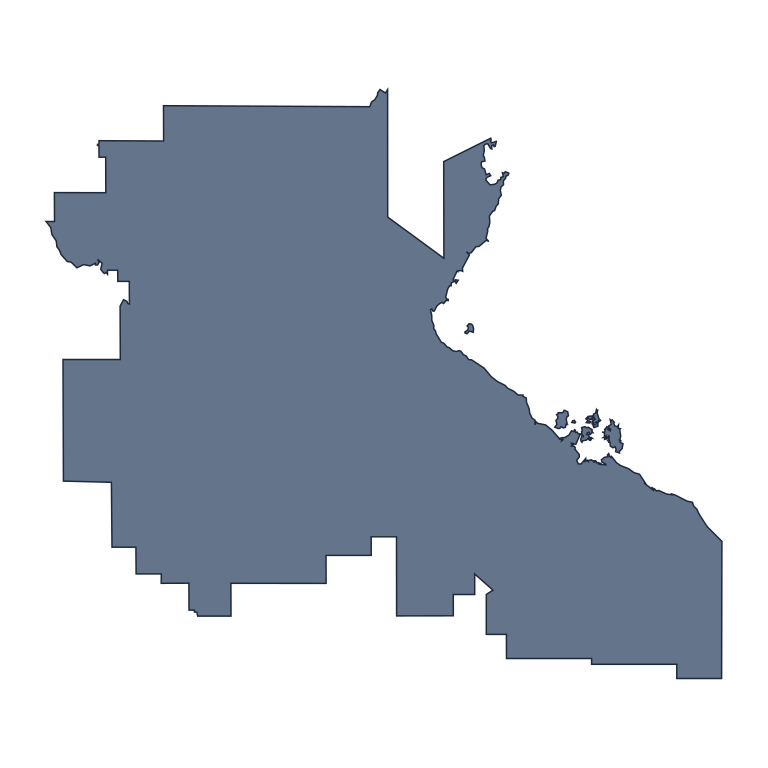 Roper Gulf, Northern Territory, Australia (Robinson projection)
{"feature_id": "25037944B80645640934935", "entity_name": "Roper Gulf", "entity_type": "district", "adm_level": 2, "iso_a3": "AUS", "parent_name": "Australia", "parent_adm1": "Northern Territory", "projection": "robinson", "projection_center": [136.103, -15.306], "detail": "fine", "context": "isolated", "style": "filled", "palette": "slate", "viewbox_px": 768, "rotation_deg": 0, "n_neighbors": 0, "source": "geoboundaries", "source_scale": "gbopen_adm2", "svg_char_len": 6109}
<svg xmlns="http://www.w3.org/2000/svg" viewBox="0 0 768 768"><path d="M721.9,541.4L707.2,526.7L699.2,514.3L696.8,509.2L693.7,506.1L692.5,502.3L687.0,501.1L675.1,495.0L670.7,493.6L673.2,494.9L666.7,494.1L658.6,490.4L656.8,491.1L654.4,488.8L650.9,487.4L653.0,488.7L653.5,489.5L653.9,489.5L653.6,490.2L652.8,488.8L652.7,489.7L644.0,483.0L645.6,483.5L639.5,474.2L633.9,472.6L628.8,468.8L620.5,465.5L616.5,462.7L611.5,456.4L610.9,456.0L611.8,457.2L611.1,456.7L611.0,457.4L609.7,456.7L608.7,453.6L607.4,455.0L607.9,456.7L604.4,457.3L601.4,459.8L602.1,462.1L605.5,463.9L605.9,464.8L600.5,464.5L600.9,463.5L599.2,463.1L599.0,463.8L598.7,464.0L598.6,462.7L596.8,462.9L596.3,461.6L594.3,462.0L595.1,460.8L592.8,460.9L591.4,459.8L588.4,460.5L588.4,461.4L587.3,460.2L584.5,462.0L585.8,460.7L585.7,458.5L581.0,464.0L578.4,463.9L576.7,460.3L579.3,457.0L579.2,454.4L574.8,449.0L575.3,447.8L574.4,446.4L571.5,446.0L573.0,444.8L571.6,444.4L571.3,443.2L575.8,444.3L580.4,433.9L578.2,433.9L577.4,432.2L575.7,432.4L575.4,430.2L574.5,429.7L573.8,431.6L571.5,430.8L568.9,435.1L564.9,437.5L562.0,437.8L563.0,439.7L561.6,440.8L561.9,439.7L559.9,439.3L560.7,438.0L559.2,438.4L551.9,430.0L545.6,424.9L537.7,423.3L536.0,421.8L535.0,424.9L535.0,420.2L532.0,418.0L529.8,413.3L529.0,408.4L526.5,402.2L526.3,398.1L522.7,396.1L523.0,395.1L518.0,395.0L514.0,391.4L507.6,388.2L505.1,385.4L497.5,381.6L491.2,376.7L484.2,368.2L471.5,359.8L468.7,359.7L466.3,356.1L463.2,354.5L461.1,351.5L459.3,350.6L456.2,351.5L452.6,350.7L449.0,347.5L447.2,347.1L444.0,343.4L441.2,342.1L436.0,333.5L435.6,331.1L433.7,328.7L433.9,325.5L431.8,320.4L431.8,315.7L430.5,309.8L431.7,309.0L433.1,311.2L434.3,311.0L437.0,305.8L439.8,303.5L442.0,302.4L443.6,303.5L445.8,300.6L448.3,300.5L448.1,299.2L446.7,299.0L445.7,297.0L447.8,288.8L449.8,285.6L451.1,285.8L451.3,282.9L453.7,281.7L453.3,279.1L457.0,271.2L458.0,271.7L458.3,270.7L461.1,270.6L462.7,271.3L462.4,268.1L469.4,255.0L466.3,251.8L468.6,253.5L471.3,252.7L476.5,246.0L476.2,246.7L479.0,246.4L486.3,240.3L488.8,241.5L486.0,238.4L487.8,230.8L487.4,229.2L488.9,226.7L489.8,222.6L489.4,215.9L492.9,211.2L494.6,210.6L496.2,206.1L498.3,203.8L498.6,199.0L501.3,195.2L500.3,190.5L501.1,186.8L503.5,184.8L503.4,180.9L505.7,178.1L505.7,176.3L508.0,175.3L508.8,173.1L505.3,171.7L504.0,173.2L502.4,172.7L503.3,176.6L500.9,177.3L500.6,179.7L498.2,180.1L497.1,182.8L494.6,184.3L490.0,184.8L486.0,180.3L485.9,178.8L487.1,177.3L490.8,175.7L489.2,173.4L486.2,174.8L484.5,168.9L482.0,167.7L481.1,164.8L481.6,161.7L484.9,161.1L484.4,157.3L483.3,155.8L484.3,150.3L483.8,145.6L485.3,144.2L487.7,143.7L490.5,148.4L491.8,149.0L491.6,145.9L493.4,144.9L494.1,146.6L495.2,146.3L496.5,140.8L495.6,141.8L491.3,142.7L490.5,141.0L491.2,140.0L490.7,138.2L443.7,161.6L443.9,258.3L387.7,217.1L387.6,89.6L385.4,93.0L380.0,89.5L377.8,92.6L377.4,95.3L374.9,99.6L371.5,102.0L369.8,106.7L163.5,105.7L163.6,141.0L99.0,140.7L99.0,144.0L97.5,144.4L97.5,145.5L99.0,146.1L99.0,157.2L105.7,157.2L105.8,192.7L54.4,192.6L54.5,221.5L46.1,221.5L50.8,227.6L51.9,234.6L56.2,240.8L56.9,246.8L59.5,250.3L61.1,254.6L67.4,261.6L71.1,262.1L76.9,267.8L83.6,264.6L90.0,265.9L95.4,263.2L95.4,265.0L97.6,265.0L99.0,262.6L97.6,259.3L102.1,263.3L100.7,269.3L103.5,272.9L104.7,273.5L106.1,272.5L107.5,274.2L107.5,270.2L117.7,270.2L117.8,281.4L129.3,281.4L129.4,304.1L127.6,303.4L127.0,301.4L123.6,299.7L120.1,306.1L120.3,359.5L63.0,359.5L63.4,481.1L111.4,482.3L112.0,547.2L135.9,547.2L136.1,573.9L161.3,573.9L161.2,583.3L188.9,583.2L189.0,610.1L194.4,610.1L194.4,611.9L196.9,612.4L197.7,616.1L231.0,616.1L230.9,583.3L326.1,583.4L326.0,555.4L371.2,555.4L371.2,536.8L396.5,536.8L396.6,615.9L453.3,615.8L453.3,594.5L474.7,594.5L474.7,574.0L492.9,590.1L486.3,594.5L486.3,634.4L506.4,634.4L506.5,658.5L591.6,658.5L591.6,664.3L676.8,664.3L676.8,678.5L721.6,678.5L721.9,541.4ZM604.6,439.4L606.2,439.0L605.3,436.6L606.1,435.6L607.1,438.2L608.8,435.9L609.3,437.3L608.3,439.1L609.0,439.5L607.8,440.6L609.2,440.7L608.8,442.2L610.0,442.1L610.3,446.1L613.0,447.8L615.0,446.7L616.1,449.3L615.6,451.6L619.5,453.0L619.3,451.5L622.1,448.6L623.0,443.8L619.9,442.1L620.1,440.7L619.6,440.8L619.4,440.2L620.4,440.4L619.9,439.9L620.7,436.0L619.7,429.4L620.3,428.7L618.2,428.3L618.5,425.0L617.3,426.7L614.8,425.9L613.7,422.9L614.3,422.3L612.2,419.9L611.6,420.6L610.2,419.6L611.2,424.5L608.6,426.0L609.1,428.7L610.7,429.1L610.2,430.9L607.8,429.4L608.0,427.3L606.8,426.7L605.5,429.0L604.1,429.3L605.3,429.6L604.5,432.3L602.1,432.0L604.4,432.9L604.5,436.9L603.3,437.6L604.8,437.7L604.6,439.4ZM568.5,415.8L567.7,411.8L564.2,410.2L562.8,412.7L558.2,412.7L558.3,413.7L556.6,414.5L557.9,416.8L557.6,418.5L555.9,420.5L556.9,424.4L554.8,427.1L557.9,428.5L559.8,428.4L561.1,426.6L563.2,427.9L565.4,427.3L565.9,424.9L567.1,424.6L566.4,424.1L567.1,423.5L566.2,419.2L567.1,416.6L568.5,415.8ZM585.0,426.7L581.6,427.6L582.3,430.9L581.6,431.5L581.8,434.0L581.0,434.4L583.4,436.0L583.2,436.7L582.0,435.9L580.8,438.9L580.9,440.9L582.0,442.3L582.8,440.7L586.2,440.2L589.4,437.4L588.7,434.8L586.6,434.5L587.5,432.6L589.3,432.4L589.1,434.0L590.4,434.4L591.6,432.8L593.0,432.7L592.0,431.4L592.1,429.6L588.3,427.3L586.7,427.7L585.0,426.7ZM596.9,422.9L598.3,422.4L598.6,420.8L599.6,421.4L600.6,420.3L599.0,418.9L597.1,412.9L597.9,409.5L597.0,411.0L596.4,409.7L595.6,413.0L593.5,414.2L593.6,416.8L595.1,419.2L592.6,421.2L592.4,422.2L593.7,422.9L592.2,423.8L594.6,424.7L593.0,425.2L593.9,427.6L597.9,426.2L598.0,423.3L597.3,423.7L595.8,422.5L596.7,421.9L596.9,422.9ZM464.9,332.9L466.9,333.8L469.6,331.1L473.2,332.3L473.6,328.9L472.7,325.4L471.3,324.0L468.9,323.8L467.1,326.0L468.4,327.1L467.9,329.8L464.9,332.0L464.9,332.9ZM593.0,417.3L592.0,417.8L592.7,415.9L588.1,416.4L585.9,418.8L586.8,419.3L588.4,418.1L589.2,419.4L592.9,419.6L593.0,417.3ZM586.3,422.6L589.6,423.0L591.0,422.0L587.7,420.4L586.3,422.6ZM455.0,281.5L456.2,283.3L458.2,280.2L455.2,279.8L455.0,281.5ZM571.8,422.4L574.8,423.1L575.6,422.2L574.3,420.3L572.7,420.7L571.8,422.4ZM590.5,440.2L591.2,439.7L590.8,438.2L592.2,438.3L591.0,437.4L588.8,437.9L588.9,439.7L589.6,440.2L590.2,439.1L590.5,440.2Z" fill="#64748b" stroke="#1e293b" stroke-width="1.5"/></svg>